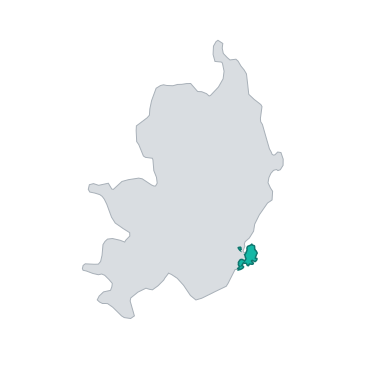 Switzerland, with Schaffhausen highlighted, rotated 122°
{"feature_id": "CHE-171", "entity_name": "Schaffhausen", "entity_type": "Canton", "adm_level": 1, "iso_a3": "CHE", "parent_name": "Switzerland", "parent_adm1": "", "projection": "orthographic", "projection_center": [8.624, 47.681], "detail": "fine", "context": "in_parent", "style": "filled", "palette": "teal", "viewbox_px": 384, "rotation_deg": 122, "n_neighbors": 0, "source": "natural_earth", "source_scale": "10m", "svg_char_len": 3685}
<svg xmlns="http://www.w3.org/2000/svg" viewBox="0 0 384 384"><g transform="rotate(122 192 192)"><path d="M275.1,126.3L277.0,127.5L281.5,131.5L280.6,138.5L275.6,149.7L273.0,158.8L272.8,165.7L273.3,169.0L274.3,168.9L279.2,169.4L281.6,169.3L289.5,171.1L295.9,173.7L297.1,176.6L298.0,180.1L305.6,184.8L314.3,187.8L317.2,186.7L327.6,175.2L331.8,177.0L334.4,182.9L334.4,186.1L331.7,198.2L331.4,204.6L334.0,208.8L334.3,212.2L333.7,215.2L329.4,215.6L323.6,214.1L318.6,209.0L315.0,209.7L311.8,211.1L310.2,216.0L308.9,221.9L309.4,225.1L311.8,227.6L313.6,232.9L315.0,239.8L316.1,242.9L315.0,244.4L312.0,245.4L309.5,244.5L304.9,236.3L302.8,233.2L299.3,232.7L293.2,234.8L283.8,239.6L280.0,239.6L276.7,238.7L273.6,234.8L271.0,227.3L270.1,222.5L268.3,222.7L262.3,221.4L259.5,223.3L259.5,231.0L259.0,240.7L256.0,246.9L247.6,257.7L244.6,262.5L243.3,265.8L243.1,268.8L244.4,273.8L246.2,278.7L244.7,281.4L240.2,282.9L237.1,280.0L235.8,274.7L228.9,267.6L232.0,261.6L231.5,260.1L220.2,257.0L215.3,252.5L208.5,244.6L207.2,241.2L207.5,230.1L207.1,227.4L206.2,226.1L202.9,226.2L198.3,230.0L194.1,235.7L185.4,242.2L184.4,243.5L187.3,249.9L187.2,252.3L180.0,262.3L178.6,265.6L169.5,271.9L165.4,274.2L152.9,269.4L149.5,268.8L143.8,271.8L135.9,274.7L123.0,277.4L118.4,275.1L116.2,273.0L115.1,270.0L112.0,264.5L108.5,261.3L106.1,257.7L102.8,253.9L100.7,250.6L103.8,240.5L101.8,236.9L100.9,231.8L101.5,228.4L100.4,227.5L89.0,225.2L79.5,225.6L72.6,228.8L66.9,234.2L66.2,235.4L66.5,236.5L69.1,241.7L64.2,247.0L56.9,251.1L51.8,251.3L49.6,250.4L49.7,244.6L54.0,242.6L57.9,238.9L59.3,233.5L59.9,229.8L56.1,225.1L56.6,222.3L59.3,217.1L60.9,212.4L63.0,208.4L71.0,202.0L79.1,195.6L80.5,188.5L81.4,179.9L82.5,177.9L93.3,173.0L96.0,171.0L97.4,168.1L105.9,158.7L114.4,149.2L116.1,146.1L117.5,144.2L117.6,142.6L116.6,141.4L112.7,140.5L111.4,137.5L115.8,132.1L121.1,128.9L126.3,128.9L128.3,130.5L128.2,132.3L130.4,134.3L134.3,135.0L139.1,134.4L143.9,132.4L147.0,127.6L148.7,124.0L156.3,119.9L161.4,122.1L175.7,122.8L186.0,121.8L192.6,119.0L200.6,119.0L206.0,120.6L207.0,120.4L208.5,120.0L209.9,118.5L215.0,117.4L215.7,116.2L215.5,114.9L214.6,114.2L208.3,114.9L206.0,113.9L205.3,111.5L207.4,107.5L212.0,104.3L215.9,103.5L218.7,104.3L225.5,110.4L227.2,110.6L228.1,109.5L229.5,108.9L231.9,110.1L234.6,113.9L235.0,114.4L250.3,113.0L253.8,113.0L264.2,119.6L275.1,126.3Z" fill="#d9dde1" stroke="#a8b0b8" stroke-width="1"/><path d="M215.0,101.1L216.5,101.2L217.7,101.7L217.8,102.4L217.8,103.6L218.0,104.7L218.6,105.1L219.4,104.6L219.7,102.6L220.3,102.0L221.1,102.3L221.7,103.2L222.2,104.3L222.6,105.0L223.3,105.2L224.0,105.0L224.6,105.1L225.0,106.1L224.8,106.4L224.0,107.7L223.8,108.3L224.1,109.0L224.6,109.6L224.7,110.3L224.8,110.9L228.1,110.9L227.6,110.3L228.2,108.5L229.8,108.6L231.9,109.8L233.5,111.3L232.3,111.5L232.3,112.2L233.2,113.1L231.3,112.1L230.6,112.4L230.0,112.1L229.3,113.9L229.1,114.0L228.8,114.4L228.6,114.5L228.3,114.6L228.1,114.6L227.9,114.6L227.7,114.8L227.5,115.1L227.2,115.3L226.8,115.4L224.3,115.3L223.7,115.1L223.3,114.8L222.9,114.2L222.6,113.7L222.5,112.3L222.7,110.8L220.0,110.8L219.5,111.3L219.1,112.1L218.0,113.1L217.2,114.3L216.4,114.0L215.6,113.9L212.6,114.4L211.6,114.8L210.8,115.5L209.9,115.9L208.7,116.0L207.5,115.2L205.9,114.0L205.6,114.0L204.6,113.6L205.0,112.6L204.8,111.8L204.6,111.1L204.6,110.5L205.3,109.8L206.8,108.9L207.5,108.3L208.0,106.4L208.3,105.8L209.1,104.5L209.6,104.2L210.3,104.3L213.6,103.6L214.6,103.1L214.0,101.7L215.0,101.1ZM215.1,120.6L215.9,120.4L216.1,120.1L216.1,120.4L215.3,122.6L214.8,123.3L214.6,123.3L214.4,123.2L214.2,123.0L214.0,122.7L213.8,122.5L213.4,122.1L213.2,121.9L213.2,121.2L214.6,120.0L215.1,120.6Z" fill="#14b8a6" stroke="#0f766e" stroke-width="1.5"/></g></svg>